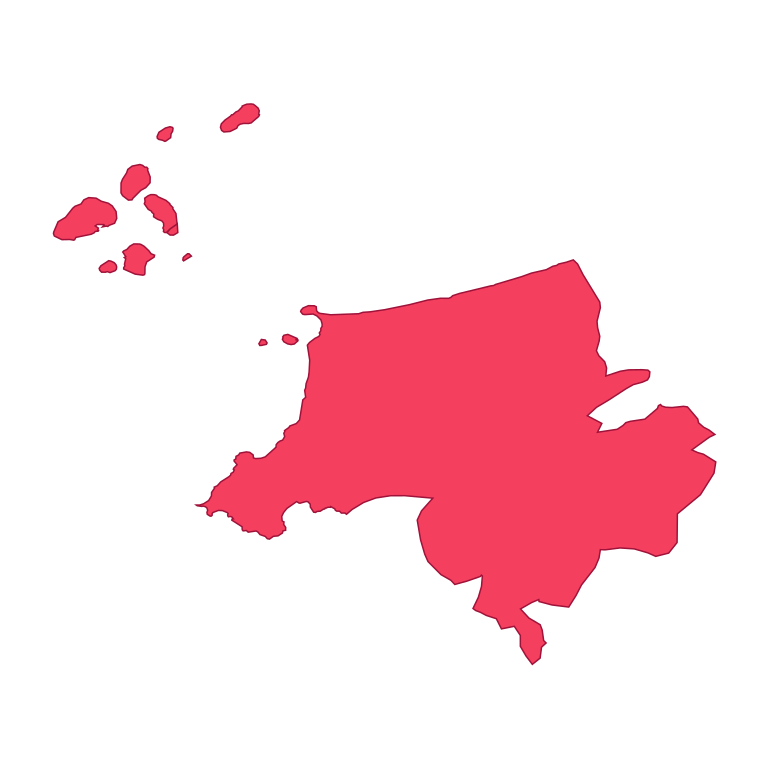 Nias Barat, Sumatera Utara, Indonesia (Equal Earth projection), rotated 91°
{"feature_id": "22746128B23007358779926", "entity_name": "Nias Barat", "entity_type": "district", "adm_level": 2, "iso_a3": "IDN", "parent_name": "Indonesia", "parent_adm1": "Sumatera Utara", "projection": "equal_earth", "projection_center": [97.451, 0.982], "detail": "fine", "context": "isolated", "style": "filled", "palette": "rose", "viewbox_px": 768, "rotation_deg": 91, "n_neighbors": 0, "source": "geoboundaries", "source_scale": "gbopen_adm2", "svg_char_len": 6162}
<svg xmlns="http://www.w3.org/2000/svg" viewBox="0 0 768 768"><g transform="rotate(91 384 384)"><path d="M428.7,52.3L424.3,58.3L421.6,63.7L417.3,68.8L413.5,69.7L401.6,80.2L401.1,84.1L402.5,95.6L402.3,102.0L401.1,106.0L399.7,107.1L400.8,109.2L403.7,110.2L414.6,122.6L417.0,137.0L418.4,141.5L421.3,144.3L425.2,150.0L428.5,169.7L419.6,165.5L412.2,180.2L403.6,171.1L396.0,158.9L384.3,141.6L380.3,134.8L377.7,125.8L375.3,120.6L372.0,118.8L367.2,118.4L365.5,120.4L365.2,126.6L365.6,139.7L367.1,147.9L372.1,162.4L364.2,161.7L357.9,163.7L352.0,169.7L347.0,172.2L337.2,169.6L332.5,169.1L324.0,171.4L317.6,172.1L303.9,169.0L298.3,169.7L271.2,186.9L260.7,192.5L256.6,196.9L259.1,204.0L261.0,211.6L262.4,213.4L263.3,217.2L266.9,223.8L270.5,238.4L274.2,248.1L282.5,274.2L283.6,276.0L284.0,278.9L292.1,310.0L294.5,316.9L296.1,318.5L297.2,320.7L297.3,329.1L299.3,341.8L304.2,359.8L309.7,384.6L312.1,399.3L312.7,406.3L314.2,410.6L315.7,438.4L314.5,449.1L313.9,450.8L311.9,452.7L307.9,453.1L307.0,455.1L307.0,460.9L309.4,466.3L311.6,468.2L313.1,468.6L315.1,467.0L315.7,466.3L316.0,464.3L315.3,456.1L317.1,452.3L321.1,448.1L325.2,446.9L327.5,446.9L329.5,448.1L331.8,448.1L334.1,449.6L335.6,448.8L337.6,450.0L339.6,453.9L343.8,459.2L346.5,461.3L361.5,458.7L373.3,459.1L378.5,459.7L385.0,461.9L389.5,462.3L391.7,463.2L398.7,462.1L401.3,464.9L421.4,467.8L425.1,471.0L427.6,477.4L429.2,478.4L432.3,482.6L433.0,482.3L435.0,483.3L438.3,482.4L441.9,484.4L442.8,486.9L444.2,488.9L446.4,490.7L449.1,490.9L458.9,501.4L460.4,505.7L460.8,511.1L460.2,513.2L457.2,513.6L454.7,517.0L454.3,520.4L455.6,527.0L457.5,528.1L458.9,530.7L461.6,530.9L462.5,532.5L463.5,532.6L467.3,529.5L470.8,532.8L471.9,533.2L472.6,532.2L474.9,533.3L476.1,535.4L477.9,535.8L479.5,537.6L484.7,545.5L488.7,549.0L490.1,552.0L491.2,551.7L495.4,554.5L499.0,554.6L503.6,557.3L506.9,562.3L508.2,566.1L508.3,569.6L509.0,568.6L509.6,563.9L509.2,562.9L509.9,560.3L511.0,558.9L513.3,558.1L515.5,558.8L517.4,558.4L519.1,555.6L519.1,554.4L518.4,553.6L516.4,553.5L515.4,552.6L513.3,547.4L513.4,543.3L515.3,538.5L516.1,537.6L517.6,538.1L519.0,537.7L519.5,537.3L519.1,535.4L519.6,533.8L521.5,532.2L521.8,533.6L522.8,533.8L529.2,523.4L532.2,523.2L533.3,522.3L532.9,519.1L534.5,517.2L533.2,509.3L534.2,507.5L536.7,505.4L538.5,500.0L540.7,498.0L541.1,495.8L538.2,491.9L537.7,487.3L534.8,483.0L532.6,482.4L532.0,479.8L529.1,479.8L526.2,481.8L523.6,481.6L522.9,483.2L522.1,483.5L518.1,483.9L514.2,482.1L510.1,478.9L503.1,469.3L504.6,466.8L504.6,465.7L502.8,459.7L503.1,458.0L505.4,455.7L508.3,455.5L513.4,452.1L513.6,450.1L512.6,448.8L512.3,445.5L510.2,442.4L510.0,441.1L509.1,440.6L509.0,439.4L508.2,438.0L508.2,435.3L507.5,435.1L509.7,431.0L511.0,430.5L511.9,429.2L512.0,426.2L513.8,424.4L513.7,420.9L514.9,419.2L510.0,413.7L502.8,402.3L498.1,390.2L495.6,375.5L495.3,361.4L497.3,333.2L510.2,344.3L519.5,348.4L539.2,344.7L553.4,340.3L560.8,336.9L573.6,323.7L579.1,313.7L583.2,309.7L579.6,297.5L574.7,284.2L573.4,283.3L574.3,282.3L584.8,283.0L595.5,285.9L606.9,291.1L608.9,288.4L610.6,283.6L613.6,277.7L616.7,267.6L626.8,262.3L624.0,249.5L633.0,243.3L643.9,243.1L653.4,237.3L661.7,230.8L655.3,223.1L644.4,221.9L640.1,217.4L637.7,219.9L627.4,221.5L622.0,223.6L615.5,235.0L606.5,243.6L599.9,232.5L596.8,225.5L598.8,225.2L602.0,212.2L603.8,195.4L592.1,188.3L581.4,183.0L563.8,169.8L554.3,166.0L545.9,164.8L545.9,159.7L543.8,145.1L544.5,130.9L548.3,117.0L551.6,109.3L548.1,96.4L537.4,88.2L508.7,88.4L489.2,65.7L467.4,52.5L456.1,50.9L448.6,63.4L447.1,69.1L444.5,75.1L431.5,57.8L428.7,52.3ZM223.1,654.1L216.2,654.9L210.7,658.8L208.1,662.7L206.2,669.8L203.2,675.1L202.8,682.5L205.1,687.3L209.3,690.1L211.7,696.1L213.7,698.3L222.9,705.3L227.5,712.7L237.9,716.9L239.4,717.1L241.8,716.2L245.3,708.6L245.0,700.6L245.6,696.7L245.1,695.8L242.8,694.6L239.4,679.4L237.8,676.3L236.5,675.4L236.2,672.5L235.3,672.0L234.9,673.0L233.1,672.3L231.0,675.5L229.5,673.5L229.5,666.9L230.0,666.5L231.8,668.2L231.0,664.6L231.3,662.9L230.2,661.7L228.0,656.2L223.1,654.1ZM191.9,625.7L186.9,621.4L181.1,621.4L174.3,624.1L172.8,623.8L171.4,625.0L171.4,626.9L169.6,629.2L168.8,631.9L170.5,639.6L173.9,643.9L177.5,645.1L183.8,649.0L187.6,650.4L197.5,650.3L200.3,648.6L204.6,642.8L204.3,639.2L202.8,638.4L194.6,630.5L191.9,625.7ZM227.6,593.7L217.1,595.0L212.5,598.2L211.3,598.1L208.1,601.3L207.4,601.3L204.2,605.2L200.7,613.3L199.2,614.9L198.7,617.0L198.7,620.5L200.0,623.3L202.4,626.5L205.9,626.1L208.0,626.8L213.5,622.8L215.3,619.5L216.5,619.0L217.9,617.2L220.8,617.3L223.3,613.2L224.8,609.0L226.8,607.3L229.9,607.0L231.9,607.8L233.6,606.9L235.4,607.2L236.3,606.1L236.4,604.3L232.6,600.5L227.6,593.7ZM271.0,625.0L266.1,623.4L261.2,616.1L259.2,615.6L257.8,619.2L254.9,621.4L250.6,626.1L248.8,629.2L248.3,630.8L248.3,636.6L250.6,640.5L254.0,643.5L255.5,646.6L256.6,647.5L261.2,644.4L262.1,645.9L263.2,644.4L268.8,645.6L270.4,645.1L272.2,646.3L273.6,646.3L278.5,634.7L279.4,626.9L278.8,625.3L277.6,625.0L271.0,625.0ZM118.7,514.0L117.0,513.2L116.4,514.0L113.0,513.5L110.3,514.7L108.0,517.5L106.6,519.5L106.3,521.7L106.6,526.0L107.5,528.3L108.6,530.7L109.4,530.7L113.5,534.5L114.6,536.9L117.5,540.0L117.5,541.1L119.0,542.3L122.7,547.4L126.7,551.2L130.2,552.0L133.3,550.8L134.8,548.5L134.2,542.3L130.8,535.7L128.2,534.5L126.7,532.3L125.9,528.7L125.9,524.1L125.3,521.4L118.7,514.0ZM137.7,601.3L134.8,599.7L131.9,599.4L131.1,600.1L130.5,602.5L131.9,607.1L136.2,613.4L140.5,615.2L142.3,614.9L143.4,613.4L144.1,609.8L145.2,607.4L144.9,606.4L141.4,601.6L137.7,601.3ZM271.6,653.3L269.3,654.1L267.3,656.0L265.9,659.1L265.5,661.4L270.7,669.1L273.3,670.8L275.1,670.3L277.1,668.4L277.1,664.5L276.5,662.6L277.4,659.9L275.4,654.8L273.9,653.6L271.6,653.3ZM345.6,474.4L342.4,470.9L341.9,470.9L341.3,472.8L340.4,472.5L340.7,471.3L339.9,471.8L336.1,481.0L337.0,484.9L338.7,486.1L339.6,485.7L341.0,486.4L343.5,484.9L345.6,481.0L346.2,477.6L345.6,474.4ZM236.5,603.6L238.8,600.5L238.8,597.0L236.2,592.8L227.5,593.5L232.7,600.5L236.5,603.6ZM345.9,509.8L347.6,508.9L347.6,507.4L346.4,502.3L345.0,501.6L342.1,503.5L341.6,507.4L345.9,509.8ZM264.4,586.5L259.5,578.8L257.2,581.2L257.2,582.7L260.1,586.1L261.2,587.0L263.6,587.3L264.4,586.5Z" fill="#f43f5e" stroke="#9f1239" stroke-width="1.5"/></g></svg>